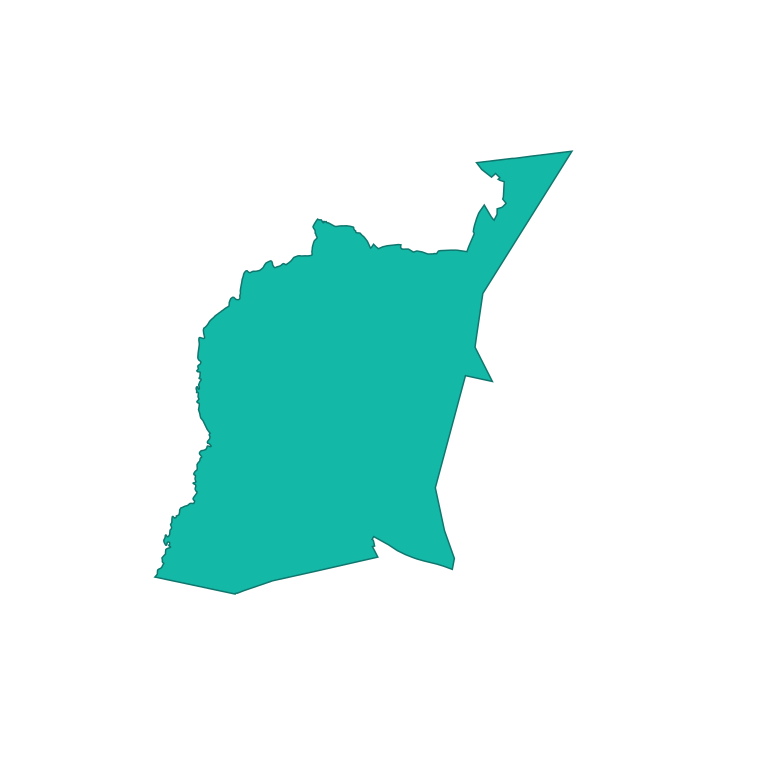 the district of Nuenen, Gerwen en Nederwetten, Noord-Brabant, Netherlands, rotated 44°
{"feature_id": "6326949B11181264963907", "entity_name": "Nuenen, Gerwen en Nederwetten", "entity_type": "district", "adm_level": 2, "iso_a3": "NLD", "parent_name": "Netherlands", "parent_adm1": "Noord-Brabant", "projection": "albers", "projection_center": [5.532, 51.486], "detail": "fine", "context": "isolated", "style": "filled", "palette": "teal", "viewbox_px": 768, "rotation_deg": 44, "n_neighbors": 0, "source": "geoboundaries", "source_scale": "gbopen_adm2", "svg_char_len": 6145}
<svg xmlns="http://www.w3.org/2000/svg" viewBox="0 0 768 768"><g transform="rotate(44 384 384)"><path d="M353.3,682.0L422.7,638.6L422.5,638.4L423.3,636.7L423.8,636.4L426.8,629.9L440.6,602.9L464.1,567.4L499.8,512.8L488.6,509.0L489.8,507.1L485.3,504.1L484.4,503.9L483.4,504.1L482.6,500.9L499.0,496.5L509.3,494.6L517.7,491.9L525.0,488.9L529.4,486.9L535.7,483.5L547.2,476.8L553.7,473.5L561.9,469.9L555.8,460.6L529.3,447.4L493.0,423.0L436.8,321.4L460.2,306.9L423.9,294.3L416.7,284.4L392.2,250.2L357.5,86.0L332.0,117.4L322.0,130.0L320.3,132.0L319.9,132.2L296.8,160.5L305.3,161.8L317.7,160.5L318.0,155.1L324.0,155.1L324.0,157.0L323.9,157.4L325.8,157.0L329.8,155.0L330.0,155.0L340.0,166.6L340.9,168.5L346.3,169.2L346.3,173.7L346.2,174.5L345.9,175.5L343.7,179.4L347.5,183.4L349.4,189.7L347.2,189.6L344.7,189.2L331.8,185.6L332.9,192.5L333.3,194.7L333.7,195.9L335.6,200.5L339.0,207.2L340.7,210.0L342.5,212.5L343.2,212.5L343.9,212.8L344.6,213.4L349.5,226.3L351.7,231.2L343.9,236.8L342.5,238.0L339.2,241.2L332.1,248.7L330.8,250.5L331.3,253.7L329.4,255.4L329.1,256.2L328.1,257.2L325.3,260.0L319.7,262.5L315.5,265.3L315.1,265.7L313.5,268.7L308.5,269.8L307.7,270.1L303.4,274.4L303.1,274.3L301.6,274.4L301.0,274.2L299.5,272.1L297.4,273.8L290.3,282.3L287.8,286.2L286.0,290.6L282.9,290.8L279.4,290.7L280.0,294.0L280.1,294.7L279.9,295.6L272.9,292.9L268.3,292.2L266.7,292.1L265.2,292.3L262.0,292.1L261.5,292.4L259.4,294.2L258.5,294.4L258.1,294.3L257.3,293.6L256.1,293.8L255.1,293.6L254.2,293.2L253.5,292.5L253.1,292.4L250.5,293.8L247.4,296.0L242.8,300.6L240.1,304.0L239.0,304.8L232.1,306.7L231.1,307.6L230.8,307.5L230.2,307.6L229.8,307.3L229.6,307.3L229.1,308.2L228.2,308.5L227.6,309.2L228.5,309.5L228.6,309.8L228.2,310.2L227.3,310.2L225.0,309.5L223.0,311.2L221.7,311.5L221.9,313.2L222.7,317.1L223.5,319.8L223.8,320.3L225.0,320.8L227.3,321.3L228.0,321.6L229.9,323.4L230.6,323.4L232.0,324.3L234.1,325.0L234.5,325.9L234.4,328.8L234.4,329.4L235.3,331.5L236.1,332.9L236.8,334.3L237.8,335.8L239.0,337.2L240.1,338.8L242.4,340.8L242.5,341.5L242.2,342.2L240.8,344.1L239.6,345.4L238.2,346.6L235.8,349.2L234.2,350.4L233.2,351.4L231.3,355.4L231.3,356.7L231.6,359.2L231.6,360.6L231.3,363.1L230.8,365.4L230.9,365.9L230.3,366.4L228.4,367.0L228.0,367.3L227.7,368.0L227.4,370.9L226.7,372.3L225.8,373.7L225.0,375.7L224.5,376.2L223.5,376.3L221.4,375.8L219.7,374.6L218.4,373.9L217.7,373.8L216.8,374.3L215.8,376.7L215.1,379.0L215.4,381.3L216.2,384.2L216.0,386.6L215.8,388.1L215.5,388.9L214.0,391.3L213.1,392.4L211.6,393.8L211.1,394.7L210.8,396.0L210.1,397.1L209.8,397.4L209.0,397.6L207.9,397.7L207.0,397.6L206.8,397.7L206.3,398.3L206.1,398.9L206.1,399.7L206.3,401.2L206.7,402.3L208.5,405.4L209.2,407.1L211.2,409.9L211.7,410.7L214.7,415.2L215.9,416.8L217.7,418.4L219.0,420.7L220.7,422.2L221.0,423.0L221.0,423.8L220.8,424.3L220.1,425.1L219.3,425.7L218.4,426.0L215.9,426.0L215.1,426.5L214.8,427.1L214.5,429.0L214.8,430.0L216.0,432.8L217.6,434.6L218.1,435.2L218.3,435.8L218.0,437.2L217.3,439.6L216.8,443.2L216.5,444.2L216.4,445.8L216.1,446.9L215.8,449.0L215.2,452.3L215.3,454.1L215.0,457.8L215.0,459.5L215.1,460.5L215.8,463.4L216.0,465.0L216.0,467.4L215.7,468.5L215.7,469.1L216.2,470.1L216.8,470.9L219.1,472.8L222.5,475.0L222.9,475.5L222.9,475.8L222.9,476.2L222.3,476.9L219.3,478.4L219.0,479.0L219.1,479.6L220.3,481.0L222.8,483.0L223.9,484.1L228.9,491.0L231.8,494.4L232.4,494.8L233.7,495.3L234.6,495.4L236.2,495.1L237.1,495.4L237.9,497.0L237.9,497.4L237.5,499.7L237.6,500.3L238.1,500.9L240.0,502.1L240.2,503.3L240.1,504.1L240.1,504.4L240.7,504.7L241.2,504.7L242.8,503.6L243.7,503.3L246.4,506.5L246.8,507.2L246.8,508.0L246.9,508.3L247.5,508.4L248.9,507.6L249.5,507.9L249.8,509.0L250.0,510.4L251.3,513.5L253.6,514.7L254.5,515.9L254.4,516.4L253.9,516.6L251.7,515.7L251.4,515.8L251.3,516.5L251.6,517.3L252.4,518.1L254.3,519.1L254.6,519.5L254.7,520.0L254.9,520.2L255.3,520.2L255.6,519.7L256.0,519.4L256.6,519.4L257.2,520.0L259.1,522.4L261.4,523.4L261.5,523.7L261.5,526.4L261.8,526.8L262.7,527.0L264.2,526.4L265.0,526.6L266.6,528.6L268.4,531.3L272.0,533.2L273.6,534.4L275.7,535.7L279.2,536.1L288.4,539.5L291.3,540.0L293.2,540.2L293.2,541.2L293.4,541.8L294.1,542.3L295.6,542.8L296.4,544.2L296.7,544.8L296.9,547.6L297.2,548.4L297.6,548.8L298.4,549.1L299.1,548.6L300.1,548.3L302.5,548.6L302.9,548.8L302.9,549.3L302.5,549.8L300.3,551.0L300.1,551.4L300.1,551.7L300.5,552.3L300.9,553.0L301.2,554.3L301.2,554.7L301.0,555.6L300.4,556.9L298.9,558.9L298.8,559.6L298.8,560.8L299.1,561.7L299.4,562.1L299.9,562.4L302.5,562.8L303.4,563.1L303.7,563.3L303.7,563.7L303.4,564.4L303.5,565.1L303.6,565.4L304.2,566.2L304.8,567.1L305.0,568.7L305.0,569.7L305.5,571.9L307.4,573.6L308.8,575.0L309.0,575.4L309.1,576.0L308.9,577.5L308.9,578.4L309.3,580.2L309.7,580.9L310.6,581.2L311.5,580.8L312.0,580.9L312.7,581.6L313.5,583.0L314.2,583.7L316.6,585.0L316.7,585.3L316.7,585.7L315.7,587.3L315.5,587.8L315.6,588.0L317.0,587.9L318.2,587.5L318.8,587.6L319.7,588.3L320.6,590.2L321.4,591.0L323.1,591.6L324.5,591.5L325.2,592.7L325.7,597.0L326.1,598.8L326.4,599.2L327.3,599.7L328.9,599.6L329.2,599.8L329.5,600.4L330.0,601.7L330.1,602.0L330.0,602.3L328.4,603.6L327.5,604.6L327.3,605.5L327.2,607.0L327.0,607.9L325.5,610.6L324.6,613.1L324.0,614.1L324.4,616.3L324.7,616.8L325.9,618.1L327.2,620.2L327.3,620.7L326.9,622.0L326.3,623.2L327.0,623.9L327.1,624.6L326.9,625.1L326.3,625.9L324.1,625.9L323.9,626.5L324.1,626.9L325.4,628.6L327.5,630.9L328.1,633.4L330.6,634.5L331.3,635.3L331.7,636.6L331.6,637.7L331.8,638.0L334.4,641.2L334.7,642.5L334.8,643.6L334.6,644.1L334.1,644.5L332.2,644.0L331.9,644.2L331.8,644.5L331.9,644.9L333.0,646.2L333.5,647.3L333.9,648.8L334.2,649.4L334.8,650.0L336.3,650.8L338.5,651.5L339.1,651.5L339.4,651.3L339.5,651.0L339.4,650.6L338.3,648.7L338.2,648.3L338.8,647.3L339.3,647.0L340.1,647.1L340.9,647.8L341.4,648.8L341.1,649.5L342.2,649.8L343.2,649.4L343.6,649.5L343.8,649.7L343.8,650.1L342.6,652.4L342.1,654.0L342.1,654.7L343.2,656.2L344.8,658.0L344.9,658.3L344.9,660.5L345.1,663.4L346.5,664.3L348.1,665.9L349.2,666.1L350.1,665.9L350.3,666.1L350.8,668.4L351.3,669.7L351.5,670.9L351.2,672.1L350.5,673.9L350.4,674.9L350.6,675.4L353.1,678.4L353.3,682.0Z" fill="#14b8a6" stroke="#0f766e" stroke-width="1.5"/></g></svg>